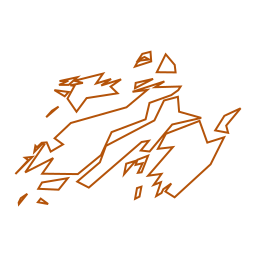 outline of Vikna nor, Nord-Trøndelag, Norway
{"feature_id": "86288312B81438149454650", "entity_name": "Vikna nor", "entity_type": "district", "adm_level": 2, "iso_a3": "NOR", "parent_name": "Norway", "parent_adm1": "Nord-Trøndelag", "projection": "albers", "projection_center": [10.974, 64.92], "detail": "medium", "context": "isolated", "style": "outline", "palette": "amber", "viewbox_px": 256, "rotation_deg": 0, "n_neighbors": 0, "source": "geoboundaries", "source_scale": "gbopen_adm2", "svg_char_len": 1832}
<svg xmlns="http://www.w3.org/2000/svg" viewBox="0 0 256 256"><path d="M164.4,81.4L132.5,91.8L147.3,89.9L126.5,107.3L70.8,123.0L54.6,138.3L63.0,144.4L50.7,151.6L46.7,142.4L41.7,142.8L37.0,147.3L35.4,145.7L34.3,151.9L42.5,143.6L44.3,144.6L25.2,172.4L53.2,158.1L42.2,173.7L77.8,174.1L101.0,155.1L111.6,132.1L145.6,119.3L149.5,102.9L171.3,95.1L178.2,90.2L180.6,86.5L155.1,87.2L164.4,81.4ZM199.5,120.9L165.9,133.8L157.9,148.8L172.9,147.1L148.1,175.7L161.5,173.9L153.7,184.9L160.9,182.2L156.2,196.1L161.5,193.0L163.3,189.2L171.3,183.5L165.4,191.5L174.6,197.3L210.6,164.3L224.1,137.3L207.3,142.6L199.5,120.9ZM177.9,96.8L164.0,100.5L154.4,120.4L105.9,145.9L99.9,162.3L77.2,181.6L88.8,187.6L141.6,142.0L148.8,140.8L140.8,150.5L149.6,151.5L172.2,124.5L201.2,117.9L179.1,111.7L177.9,96.8ZM103.0,73.6L74.3,80.8L82.9,82.9L70.3,85.3L74.5,85.9L67.5,98.6L76.5,111.7L86.6,98.1L117.6,93.3L110.6,86.6L121.1,79.3L101.2,85.5L111.1,79.0L96.1,83.5L103.0,73.6ZM240.6,108.3L224.4,115.8L215.2,130.4L228.1,132.8L226.2,125.6L240.6,108.3ZM165.7,54.3L156.8,72.2L175.6,72.4L174.7,64.9L165.7,54.3ZM67.8,178.2L42.0,182.5L38.3,188.8L58.6,189.7L67.8,178.2ZM150.5,51.8L142.3,53.9L138.3,59.9L144.5,57.0L149.1,59.5L140.3,60.5L137.3,62.4L135.0,66.6L151.2,61.4L150.5,51.8ZM32.4,156.9L25.0,157.7L28.3,160.2L15.4,174.0L32.4,156.9ZM148.1,155.7L137.4,159.8L135.6,164.9L142.6,163.2L137.9,172.8L141.6,172.3L148.1,155.7ZM153.1,78.9L135.7,82.9L135.0,88.2L153.1,78.9ZM58.6,106.6L51.9,110.8L46.2,117.2L58.6,106.6ZM77.4,77.2L59.5,81.1L68.4,80.7L59.0,84.9L68.7,84.9L77.4,77.2ZM135.7,160.8L126.2,163.7L124.1,174.2L135.7,160.8ZM68.6,92.0L54.4,90.1L64.7,96.3L68.6,92.0ZM27.3,193.8L20.8,198.2L18.7,202.6L18.9,204.2L27.3,193.8ZM48.1,204.0L40.7,198.6L37.9,202.2L48.1,204.0ZM141.4,186.7L137.0,188.1L135.1,198.8L139.5,196.6L141.4,186.7Z" fill="none" stroke="#b45309" stroke-width="2"/></svg>